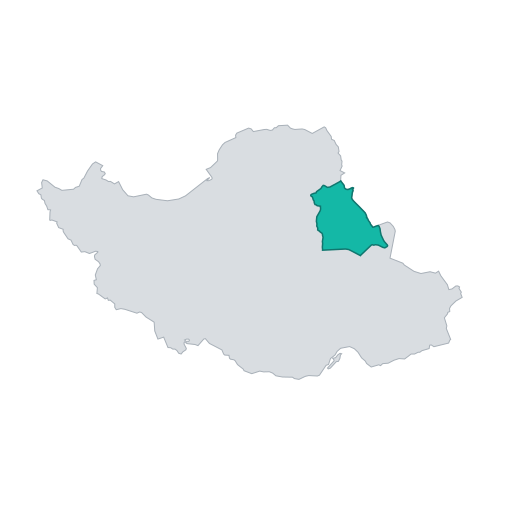 South Khorasan on a map of Iran (orthographic projection), rotated 332°
{"feature_id": "IRN-3244", "entity_name": "South Khorasan", "entity_type": "Province", "adm_level": 1, "iso_a3": "IRN", "parent_name": "Iran", "parent_adm1": "", "projection": "orthographic", "projection_center": [59.888, 32.335], "detail": "fine", "context": "in_parent", "style": "filled", "palette": "teal", "viewbox_px": 512, "rotation_deg": 332, "n_neighbors": 0, "source": "natural_earth", "source_scale": "10m", "svg_char_len": 5528}
<svg xmlns="http://www.w3.org/2000/svg" viewBox="0 0 512 512"><g transform="rotate(332 256 256)"><path d="M252.7,156.1L257.4,156.6L266.3,154.1L267.1,153.4L270.1,147.6L273.2,145.1L278.6,142.1L282.0,141.2L293.8,142.0L294.7,139.7L296.8,138.5L309.5,139.6L311.4,141.5L312.1,144.9L322.7,148.2L324.9,149.2L327.5,151.8L329.6,152.5L332.4,151.4L334.1,152.2L337.0,151.5L345.3,155.3L346.4,159.2L347.9,160.9L349.7,162.5L356.4,165.5L358.4,167.2L363.2,174.2L376.8,174.0L377.7,175.5L377.5,178.5L378.5,185.7L377.5,188.4L379.3,190.7L379.1,195.2L379.9,198.3L378.4,202.7L376.8,203.6L377.7,207.4L376.3,211.2L376.5,212.6L374.4,215.8L374.3,217.0L370.3,220.0L373.3,224.3L368.9,224.6L366.1,229.2L366.9,234.6L366.1,237.5L366.6,239.0L367.7,240.1L373.7,241.1L373.9,241.9L367.6,249.9L367.9,253.0L372.6,269.1L371.9,277.1L372.6,285.4L388.1,287.7L389.9,289.7L391.1,294.3L391.1,297.8L390.6,299.5L373.3,320.8L382.3,331.3L382.7,333.6L388.3,343.7L393.4,348.9L402.3,351.6L406.4,355.4L410.1,355.1L409.9,360.3L411.5,371.2L410.5,376.2L413.6,377.1L418.4,376.3L420.2,377.2L421.2,378.9L420.0,380.0L420.3,384.3L419.1,385.2L418.6,389.3L411.4,389.6L404.8,391.5L402.3,393.1L401.0,396.0L398.8,395.8L398.1,396.9L393.3,399.0L391.7,407.3L390.0,409.3L388.7,421.1L387.6,421.3L385.2,423.3L370.5,419.6L369.0,416.8L367.5,416.3L365.4,419.0L358.0,417.5L355.5,417.9L354.0,417.1L350.0,417.0L346.9,415.4L338.9,416.7L334.1,413.7L328.9,412.8L322.4,412.7L317.3,410.5L314.5,411.3L313.3,409.7L305.6,408.1L303.2,402.8L303.2,400.1L301.4,395.5L300.9,388.9L299.3,384.0L296.1,379.9L287.4,377.2L282.8,378.3L279.3,380.5L273.6,381.5L269.1,385.8L266.6,385.4L256.1,391.0L253.9,390.8L246.4,386.3L243.0,385.4L236.0,385.1L232.3,382.2L231.4,380.2L222.6,375.3L217.3,371.1L215.8,367.3L213.5,364.5L208.3,361.9L205.3,359.4L197.0,357.9L191.6,351.7L191.6,349.8L188.7,343.2L188.4,338.5L187.7,337.2L185.0,335.1L184.6,333.8L185.5,331.0L181.9,328.8L181.4,327.4L181.8,322.9L173.8,311.3L172.5,305.2L170.9,304.8L162.7,307.9L160.6,305.5L154.0,301.0L153.2,299.5L155.0,298.9L156.6,299.8L157.8,299.1L157.5,297.8L155.8,296.8L153.5,296.6L154.0,297.9L151.7,298.8L151.1,300.2L151.1,304.8L150.1,305.9L146.4,306.3L143.9,307.4L142.1,305.6L141.8,302.3L140.7,300.1L138.8,299.1L137.6,296.9L135.3,295.5L136.4,284.3L130.4,283.3L131.4,274.7L135.0,266.6L130.2,258.2L128.4,252.1L126.9,250.8L124.0,250.6L115.2,241.5L112.0,239.0L107.4,237.8L107.2,235.0L108.8,232.0L107.1,227.8L106.6,226.5L104.8,225.8L105.2,223.3L102.7,223.1L99.0,215.5L97.9,214.4L101.1,209.5L99.9,204.9L101.5,201.5L103.9,202.0L105.2,197.3L110.1,192.9L114.1,191.3L114.6,189.8L114.3,187.1L112.4,183.4L113.1,180.7L114.0,179.4L118.1,178.4L118.4,177.8L116.7,176.5L110.1,175.6L106.9,171.8L103.6,170.5L102.7,162.9L102.2,162.0L100.7,161.5L99.9,160.0L100.1,155.1L98.1,152.6L97.3,145.1L97.4,143.4L98.3,141.9L95.1,138.3L95.4,133.5L96.4,132.5L92.7,128.4L90.9,127.9L90.8,127.3L94.8,120.4L96.3,118.8L94.0,117.4L94.6,113.7L94.4,110.6L95.2,107.7L93.9,105.4L93.7,104.1L94.8,100.9L93.5,99.1L93.2,95.6L99.2,95.6L101.2,90.5L103.7,88.7L106.9,91.7L110.8,100.9L113.5,103.8L115.4,106.9L126.3,111.4L128.8,110.7L132.7,111.4L138.3,106.8L140.6,106.4L147.1,101.9L154.8,98.0L158.6,97.6L163.1,104.3L159.8,105.8L159.1,107.3L159.3,108.8L161.5,110.6L161.6,112.4L160.6,113.1L157.4,113.7L156.2,115.3L159.3,118.5L160.7,121.0L162.5,121.8L164.9,125.9L169.6,125.8L169.4,134.9L171.2,142.7L175.7,146.3L188.3,150.0L189.6,151.6L191.3,155.8L194.3,159.0L203.8,165.7L214.6,169.4L222.0,169.8L249.6,164.9L252.1,165.0L248.0,166.4L249.5,167.3L252.9,167.5L253.8,166.8L254.0,165.7L252.7,156.1ZM284.0,383.1L282.1,385.7L279.3,387.7L277.3,387.0L269.0,389.9L266.8,389.6L266.5,388.5L275.7,385.2L276.1,384.2L275.7,382.3L278.5,383.2L281.8,381.7L284.5,381.4L285.7,382.5L284.0,383.1Z" fill="#d9dde1" stroke="#a8b0b8" stroke-width="1"/><path d="M366.1,229.5L366.3,231.3L366.9,234.6L366.8,235.5L366.3,236.8L366.1,237.5L366.6,239.0L367.7,240.1L369.2,240.7L370.6,240.8L371.9,240.7L372.6,240.8L373.3,240.9L373.5,241.1L373.8,241.4L374.0,241.7L373.8,242.0L373.6,242.1L372.7,242.1L372.4,242.3L372.4,242.6L372.4,243.0L372.5,243.4L372.4,243.8L372.2,244.1L371.6,244.4L371.1,244.9L370.4,245.8L369.5,247.1L368.5,248.4L367.7,249.6L367.6,249.9L367.6,251.6L367.9,253.0L368.4,254.8L369.0,256.8L369.7,259.0L370.4,261.3L371.1,263.8L372.0,266.8L372.6,269.1L372.6,270.9L372.4,272.6L372.3,272.9L371.8,273.6L371.6,273.9L371.7,274.0L371.9,274.1L372.0,274.2L371.8,274.7L371.9,274.9L371.9,275.2L372.0,275.4L372.1,275.9L371.9,277.2L372.0,278.2L372.3,280.2L372.0,281.8L372.1,282.4L372.4,283.4L372.6,285.4L373.2,285.7L375.1,285.9L378.2,286.4L378.6,287.6L378.3,290.2L377.2,293.1L376.3,296.3L376.0,301.9L376.1,303.6L377.1,307.8L377.1,308.5L376.8,308.9L376.1,309.2L373.6,309.3L372.1,308.0L369.1,303.8L366.8,302.1L365.1,301.7L364.6,301.3L364.0,300.6L363.0,300.5L349.0,304.4L348.4,304.7L341.0,293.9L338.4,291.9L317.5,282.1L317.8,281.6L318.8,279.2L320.7,276.3L321.4,274.4L323.9,271.1L324.2,270.1L324.4,269.1L324.9,267.9L324.9,266.7L324.2,265.5L323.7,264.2L323.7,263.6L323.1,263.0L322.9,262.5L322.7,262.0L323.1,261.2L323.6,260.4L323.7,259.8L323.7,258.1L324.1,257.5L324.9,256.2L325.6,253.7L328.1,249.9L333.9,246.2L334.7,245.4L335.6,243.9L335.7,243.3L336.3,242.3L333.6,240.3L333.4,239.7L333.2,239.1L332.8,238.8L332.3,238.3L332.3,237.4L332.5,236.2L333.0,235.1L333.1,234.2L332.9,233.3L333.3,231.7L333.5,230.2L332.8,229.1L332.7,228.5L333.0,227.9L334.0,227.6L336.8,227.9L338.6,228.5L339.1,228.2L339.6,227.6L345.0,226.9L346.6,225.9L348.5,225.2L349.5,226.0L351.2,228.9L353.6,229.8L364.7,229.7L366.1,229.5L366.1,229.5Z" fill="#14b8a6" stroke="#0f766e" stroke-width="1.5"/></g></svg>